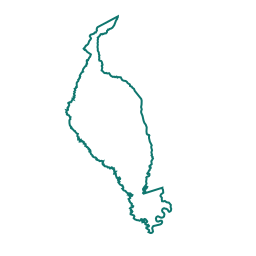 outline of Cumaral, Meta, Colombia, rotated 59°
{"feature_id": "7082276B27464538286793", "entity_name": "Cumaral", "entity_type": "district", "adm_level": 2, "iso_a3": "COL", "parent_name": "Colombia", "parent_adm1": "Meta", "projection": "robinson", "projection_center": [-73.341, 4.26], "detail": "fine", "context": "isolated", "style": "outline", "palette": "teal", "viewbox_px": 256, "rotation_deg": 59, "n_neighbors": 0, "source": "geoboundaries", "source_scale": "gbopen_adm2", "svg_char_len": 5948}
<svg xmlns="http://www.w3.org/2000/svg" viewBox="0 0 256 256"><g transform="rotate(59 128 128)"><path d="M27.1,79.2L25.9,102.1L26.2,102.9L27.2,104.0L28.3,104.3L29.6,106.5L29.0,107.4L29.6,108.7L28.8,112.0L29.2,113.1L29.6,113.5L32.1,113.5L32.7,114.3L33.5,116.5L35.4,118.8L35.8,120.5L35.7,121.8L36.1,122.1L37.2,125.2L38.8,124.9L38.9,124.2L41.7,123.8L45.8,121.9L47.4,123.8L47.7,124.9L49.0,127.0L48.8,127.8L49.1,127.8L48.9,128.2L49.2,128.8L49.6,128.7L50.1,129.2L51.6,129.8L51.5,130.3L52.3,130.7L52.5,131.5L53.2,131.8L53.1,133.0L54.3,135.9L56.1,137.9L56.6,137.7L56.6,139.2L58.2,142.3L59.2,142.4L59.4,143.0L60.2,143.3L60.2,144.1L60.9,144.9L61.0,145.8L61.7,146.0L62.2,146.6L62.3,147.5L63.0,148.8L66.5,150.8L66.2,151.5L66.9,152.0L66.9,153.5L68.5,153.7L69.1,155.2L69.9,154.8L69.7,155.0L70.2,155.3L70.7,156.7L71.8,157.0L72.6,156.8L73.3,157.7L73.1,158.3L73.6,158.3L74.1,159.1L74.4,158.7L74.6,159.1L74.4,159.7L74.8,159.9L74.6,160.2L75.1,160.2L74.7,160.5L75.3,160.9L75.3,161.5L75.8,162.5L76.3,162.8L76.5,163.8L75.9,164.5L75.7,166.2L76.2,166.5L77.0,166.1L78.4,166.8L79.4,169.1L79.8,168.9L80.3,169.9L81.2,169.9L81.6,170.2L81.7,171.1L81.2,171.6L81.5,171.6L82.7,172.9L84.0,172.6L84.8,172.9L84.8,173.3L85.3,173.3L86.9,172.0L88.5,172.2L89.1,171.7L89.7,172.5L90.7,172.8L90.9,173.8L91.3,174.3L93.7,175.7L95.9,176.5L97.7,176.2L98.0,176.5L98.5,176.2L98.9,176.8L100.5,176.0L103.0,175.5L103.3,175.0L104.6,175.1L106.9,174.5L107.2,174.1L108.8,175.6L110.0,175.4L111.4,176.2L111.3,175.5L112.2,176.0L112.2,175.4L112.7,175.4L112.9,175.8L113.5,175.1L114.1,175.7L114.1,175.0L115.0,175.8L115.2,175.3L115.0,174.7L114.6,174.9L114.7,174.4L115.9,173.8L116.2,174.0L117.0,173.2L117.4,173.6L118.6,173.2L118.8,173.8L120.2,172.7L121.3,173.8L121.7,173.3L123.1,173.2L123.3,172.7L125.3,172.2L125.5,172.7L126.3,172.7L126.3,173.1L126.7,172.0L127.6,171.8L127.9,171.9L127.5,172.3L127.9,172.5L127.8,173.0L128.3,173.3L129.2,172.7L131.3,173.1L133.5,172.5L133.9,172.9L134.5,172.8L136.0,171.9L136.5,171.0L137.5,170.7L138.4,171.3L138.8,170.6L139.5,170.9L140.7,169.6L141.7,169.5L142.5,167.6L143.3,166.9L144.0,167.3L144.0,166.6L145.6,168.3L146.0,168.3L146.7,167.6L147.3,168.1L148.0,167.6L148.7,167.7L150.2,165.9L151.4,165.7L151.6,164.9L152.1,164.4L153.3,164.4L153.7,163.5L153.3,163.2L153.2,162.4L153.5,162.1L154.0,162.3L154.5,161.7L155.1,161.9L155.3,161.2L155.6,161.5L156.3,161.1L157.6,162.1L158.4,161.8L159.0,161.0L159.2,161.7L159.6,161.8L159.4,162.8L160.0,163.4L160.7,162.0L161.3,162.1L161.7,162.6L164.8,163.3L165.4,162.5L165.9,162.4L166.0,160.8L167.4,160.8L167.7,161.1L167.7,161.8L167.2,162.2L167.7,162.7L167.5,163.0L167.9,163.0L168.1,163.5L169.7,162.9L169.9,163.3L169.8,164.2L172.2,164.0L174.1,162.9L174.1,162.5L174.5,162.3L175.0,162.7L176.1,162.5L177.0,162.9L177.4,163.5L177.2,164.1L178.4,164.0L179.1,163.9L180.7,162.6L182.4,162.4L183.8,161.8L184.5,160.8L185.1,162.1L185.3,161.8L185.8,162.0L185.9,161.2L185.4,160.9L185.5,159.6L186.8,159.3L187.7,158.7L188.2,159.4L188.2,159.8L187.7,159.8L186.9,161.3L187.6,161.8L189.2,162.2L189.2,164.1L190.9,164.1L191.3,164.5L192.1,164.3L192.9,164.5L194.8,163.7L195.8,164.6L197.7,163.8L198.3,164.8L197.6,166.1L197.9,167.7L199.6,167.3L200.1,167.4L200.3,167.9L200.8,167.5L201.1,168.0L201.9,167.4L202.3,168.0L202.3,169.6L203.3,170.2L205.9,168.0L207.0,168.0L208.2,169.6L209.7,169.2L211.7,167.7L212.3,166.7L213.4,165.9L213.6,164.8L212.9,163.7L213.2,163.2L216.2,164.2L216.3,163.5L217.0,162.7L216.4,162.0L215.0,162.1L214.6,161.9L214.5,160.7L215.2,160.0L217.9,159.6L218.4,160.2L218.6,162.3L219.4,162.7L220.8,161.8L221.3,161.1L221.3,160.6L222.7,160.4L223.1,161.0L222.6,163.4L223.3,163.9L226.3,162.5L227.4,163.0L227.8,164.0L229.5,162.9L230.0,162.0L230.1,160.9L229.5,159.8L226.4,158.9L225.7,158.1L225.1,156.8L227.2,150.3L227.3,149.1L227.0,148.1L226.2,147.1L224.9,146.9L224.3,147.6L223.8,150.3L223.1,151.1L221.9,151.4L219.8,150.6L219.0,149.4L219.0,148.1L219.4,147.5L221.5,146.2L222.3,145.2L222.6,143.9L222.4,142.7L220.7,141.2L219.5,141.0L217.7,141.6L216.8,141.5L216.1,141.2L215.3,140.1L215.2,138.9L215.5,138.2L216.4,137.6L216.7,137.0L218.2,136.1L220.7,136.1L221.2,135.6L221.0,133.9L219.6,132.6L217.7,132.2L216.0,130.9L213.0,131.4L211.6,133.1L209.5,134.0L209.2,135.3L208.3,136.5L206.3,135.7L205.3,134.9L202.9,135.2L201.9,133.9L201.6,131.1L198.9,129.8L197.7,129.8L196.9,129.3L192.3,148.4L191.5,148.6L191.1,148.0L191.5,146.6L191.1,145.7L190.4,145.7L189.2,146.9L188.3,146.7L187.8,146.2L187.9,145.5L189.1,144.8L189.4,144.0L189.2,143.1L188.4,141.8L187.9,142.1L187.6,144.6L187.1,144.7L186.3,142.5L185.2,140.7L183.4,140.2L181.0,138.2L179.8,137.8L179.6,137.0L180.0,134.9L179.4,133.8L178.3,133.3L177.8,133.8L177.5,134.9L176.9,134.9L176.3,133.3L175.5,132.3L175.4,131.3L174.6,130.8L174.2,129.4L173.4,128.8L172.5,129.6L171.7,129.3L171.2,126.3L168.5,125.1L167.0,122.3L165.9,122.4L165.6,121.8L163.6,122.0L163.2,121.2L160.9,120.5L159.4,118.8L156.9,118.2L155.7,117.5L155.1,116.6L150.9,116.3L147.3,115.1L145.6,114.0L145.3,113.5L144.7,113.6L143.7,114.7L142.6,114.9L140.4,113.9L137.0,111.6L134.3,111.1L131.9,111.3L129.8,110.9L125.0,109.3L121.7,108.8L120.4,108.1L119.1,106.6L116.8,106.0L114.9,104.3L111.6,102.2L109.9,101.7L99.6,103.1L97.5,102.7L95.8,103.5L94.4,103.5L93.2,104.6L91.6,104.0L89.3,105.2L87.8,105.2L86.5,105.8L85.0,107.6L83.7,108.3L80.8,108.1L79.4,110.1L79.3,111.1L78.4,111.1L78.0,111.4L77.8,112.9L76.8,113.5L76.4,114.7L74.2,115.9L71.4,115.9L70.5,117.8L69.6,118.2L69.2,119.4L68.5,120.0L66.0,120.5L65.1,121.0L63.0,118.9L61.3,118.6L60.9,118.1L61.0,117.6L60.3,117.0L59.2,117.0L58.5,116.5L57.2,116.4L56.6,116.6L55.5,117.8L54.3,117.5L53.4,116.6L51.7,115.9L51.0,115.0L49.9,115.0L48.1,114.1L46.2,114.1L44.2,112.9L42.9,112.5L41.0,110.9L39.5,110.4L38.8,109.5L36.9,108.7L36.3,107.8L34.9,107.4L34.7,105.4L34.1,104.7L34.2,104.1L33.6,103.3L33.6,102.6L34.6,101.6L34.4,100.9L34.8,100.5L34.9,99.1L35.5,98.3L35.1,96.8L33.9,95.9L33.8,94.7L33.4,94.4L33.8,93.7L33.6,92.8L34.0,91.6L34.0,89.7L32.8,86.9L29.6,82.8L28.9,81.1L28.4,81.0L27.8,79.7L27.1,79.2Z" fill="none" stroke="#0f766e" stroke-width="2"/></g></svg>